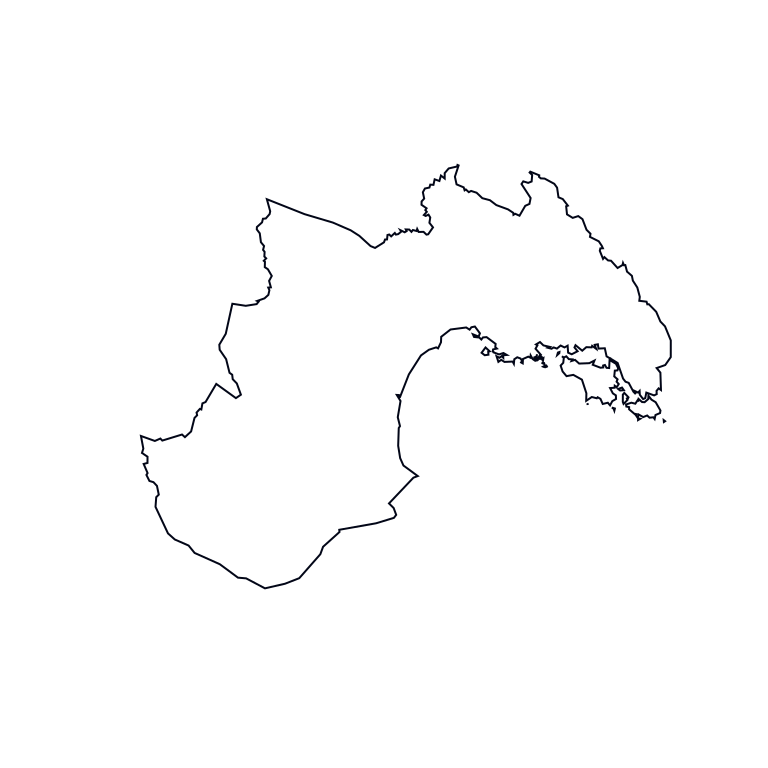 Pangasinan, Dagupan, Philippines, rotated 138°
{"feature_id": "2640588B43628149657030", "entity_name": "Pangasinan", "entity_type": "district", "adm_level": 2, "iso_a3": "PHL", "parent_name": "Philippines", "parent_adm1": "Dagupan", "projection": "natural_earth1", "projection_center": [119.981, 16.031], "detail": "fine", "context": "isolated", "style": "outline", "palette": "ink", "viewbox_px": 768, "rotation_deg": 138, "n_neighbors": 0, "source": "geoboundaries", "source_scale": "gbopen_adm2", "svg_char_len": 6184}
<svg xmlns="http://www.w3.org/2000/svg" viewBox="0 0 768 768"><g transform="rotate(138 384 384)"><path d="M462.5,278.6L459.8,285.4L460.2,291.9L424.8,294.7L420.5,293.0L424.1,310.4L421.6,318.1L414.8,328.6L402.5,341.4L400.3,342.0L396.0,350.1L383.1,360.3L381.8,367.3L380.4,365.9L381.9,364.2L380.8,363.6L359.1,374.5L337.4,380.5L327.7,379.4L320.7,376.3L320.0,374.3L313.7,376.9L309.9,380.8L298.1,380.0L285.1,371.0L284.0,367.1L281.1,367.7L278.0,365.9L278.8,357.5L281.9,355.9L284.7,361.5L285.6,358.7L282.1,354.8L281.9,351.9L279.3,352.4L276.4,350.2L274.2,339.1L276.6,337.0L276.4,334.8L279.8,336.7L281.5,335.4L280.9,333.9L281.7,334.7L278.7,329.0L274.5,327.1L273.3,323.4L276.2,325.6L277.8,323.7L277.9,326.0L280.6,326.2L281.8,329.3L284.2,323.9L280.7,323.5L279.7,319.8L273.4,314.6L274.0,312.1L270.6,315.2L267.1,314.7L265.5,311.6L265.9,308.8L267.7,308.3L267.1,306.5L264.0,309.6L258.5,307.8L257.6,305.6L255.9,307.1L256.8,303.0L256.1,300.1L255.0,299.3L255.8,300.6L254.5,303.2L252.0,302.3L250.4,303.8L253.7,300.8L254.2,301.1L254.1,298.2L252.8,301.4L252.2,300.0L248.5,301.3L247.9,299.7L247.8,308.8L244.1,310.1L244.6,311.7L240.0,310.8L239.7,306.0L236.0,300.7L238.0,301.3L235.9,298.1L233.4,297.6L231.8,294.6L227.0,294.4L225.4,290.4L221.9,289.6L226.2,284.1L224.6,280.5L218.2,278.8L218.0,283.7L215.7,284.7L214.4,276.1L209.0,276.0L205.2,272.3L203.8,273.1L202.8,268.2L201.2,272.1L198.5,270.4L200.9,266.8L196.0,262.8L200.1,255.6L198.9,251.9L197.9,252.4L198.8,251.8L196.3,243.3L202.7,228.1L203.0,224.1L201.4,221.1L203.8,211.4L203.7,208.1L202.4,211.2L200.9,207.6L198.7,207.8L201.1,204.8L201.5,199.4L199.3,198.7L194.8,202.1L190.9,194.8L188.1,194.0L186.1,196.5L182.8,197.0L182.2,194.2L171.0,207.5L170.7,213.4L162.3,209.9L152.9,212.1L141.7,224.5L136.6,238.8L136.8,245.5L133.4,255.5L133.8,266.1L135.0,267.0L133.8,269.5L138.6,275.0L135.6,277.6L131.2,286.2L129.9,294.3L127.4,298.5L128.2,304.9L125.1,310.9L126.2,311.7L125.4,314.0L127.1,312.8L132.8,313.9L132.8,323.7L134.8,325.9L135.3,330.8L137.5,330.4L134.5,338.6L132.5,340.0L130.5,338.4L129.7,341.0L128.9,346.3L132.5,355.5L130.0,357.5L130.3,363.1L126.2,373.7L127.3,378.8L132.6,381.2L134.5,387.6L129.7,394.2L128.0,393.5L127.4,401.8L129.4,406.0L124.0,414.1L123.5,418.8L127.2,429.2L129.9,431.9L130.2,434.3L129.0,435.2L133.2,443.9L134.3,443.7L134.0,440.2L138.8,435.7L142.3,437.0L144.9,441.4L148.0,440.6L150.6,424.1L155.4,420.5L159.8,421.9L170.7,418.4L172.6,422.7L174.6,423.1L173.4,424.7L175.0,430.8L180.8,441.8L182.3,449.7L186.6,456.3L187.2,464.2L190.1,469.2L192.6,469.8L193.0,473.8L194.5,474.0L193.2,476.8L196.5,483.8L192.6,490.6L182.3,496.5L182.8,497.6L184.1,496.7L191.7,500.9L197.8,500.1L201.4,496.1L202.2,500.8L207.0,497.8L209.4,502.2L214.0,498.9L216.2,501.2L218.8,499.6L222.8,501.9L226.8,500.5L230.1,494.9L233.9,494.5L236.2,492.1L234.8,486.1L236.9,485.6L237.0,483.3L241.3,482.9L240.6,481.0L237.6,480.1L238.2,476.8L242.4,473.4L242.8,467.6L251.0,465.7L252.5,466.6L252.8,470.6L256.5,473.8L255.6,477.0L257.4,475.9L259.5,479.1L261.8,478.7L261.9,481.9L264.4,484.3L264.9,482.5L267.1,482.9L268.9,487.4L269.2,485.7L273.2,485.9L275.2,487.1L274.9,489.0L279.9,488.9L280.1,491.6L281.7,492.4L285.0,489.4L286.6,490.7L289.2,489.3L299.6,491.1L301.7,495.5L303.2,510.6L305.9,520.5L314.0,538.2L329.4,563.4L347.4,599.7L353.0,588.5L355.3,586.8L361.1,586.1L363.4,587.8L366.5,585.7L373.4,585.7L375.1,584.0L375.5,579.1L380.6,571.7L380.8,566.8L384.1,564.6L384.3,562.1L387.6,558.8L387.5,556.2L390.9,556.0L390.7,554.5L394.4,550.6L393.5,547.0L395.1,539.4L400.4,537.5L403.4,531.5L405.5,533.1L406.4,530.4L410.3,527.6L415.5,527.6L422.7,530.6L422.1,529.1L425.2,528.6L434.4,534.6L443.0,545.1L468.0,527.2L480.1,523.4L483.2,519.4L484.7,508.1L491.3,495.7L490.6,492.5L493.2,488.8L493.0,482.9L497.5,471.8L503.5,472.6L508.6,496.3L528.7,490.0L531.9,491.1L536.8,487.3L537.5,488.7L542.4,488.2L543.8,485.8L547.5,485.6L559.1,477.8L567.5,477.7L567.9,481.6L586.6,490.3L586.7,493.1L592.4,495.0L599.4,508.0L606.1,497.0L610.0,494.7L608.4,488.2L612.6,483.6L616.1,485.4L619.3,476.0L621.4,475.4L623.2,468.9L621.0,465.3L620.9,460.2L625.4,452.5L629.0,452.3L636.0,445.6L644.5,417.5L643.5,408.4L637.3,394.7L637.8,385.2L626.6,359.9L622.1,337.8L616.5,331.8L609.2,311.8L591.2,301.8L576.9,296.4L545.2,300.1L538.2,303.8L516.1,303.8L514.8,305.6L483.1,285.8L466.2,277.9L462.5,278.6ZM230.3,216.9L225.8,218.5L221.6,217.6L219.3,220.4L220.2,223.9L218.7,229.7L215.1,226.9L213.7,228.3L213.2,225.9L209.6,226.9L209.6,230.1L207.3,231.2L207.8,235.6L203.5,239.5L201.4,237.9L199.4,239.0L198.1,243.8L200.3,250.9L206.0,245.2L207.8,247.1L207.1,250.3L208.8,251.1L210.0,249.6L212.2,251.2L216.0,258.6L211.9,260.6L217.5,262.1L225.3,268.6L225.9,274.1L229.2,275.6L227.5,276.2L230.0,278.8L230.0,282.6L232.6,283.3L233.2,285.5L232.9,283.1L236.6,279.8L240.4,279.5L242.9,273.8L243.1,267.7L237.2,264.1L234.0,254.8L239.8,241.7L245.0,236.2L238.3,235.3L235.4,231.0L234.1,231.2L233.1,228.1L234.8,222.8L230.2,220.3L230.3,216.9ZM206.3,176.9L203.0,179.3L198.3,177.7L196.3,179.3L194.3,188.7L195.7,193.4L195.3,198.4L197.6,196.0L202.5,196.1L204.3,197.9L204.8,202.5L206.9,200.8L206.2,202.3L210.4,201.2L212.7,204.6L217.8,206.8L219.0,205.1L217.3,202.8L218.8,201.2L217.7,193.2L217.1,193.4L216.6,192.7L217.6,192.9L218.2,189.0L215.2,191.0L213.5,186.0L209.5,184.5L209.2,181.3L206.1,179.0L206.3,176.9ZM219.3,208.9L213.9,209.2L212.9,211.5L212.8,209.8L211.2,210.5L211.4,216.6L213.6,216.3L218.5,210.9L219.3,208.9ZM286.8,335.9L285.0,338.2L283.6,337.6L284.1,343.2L290.6,341.9L289.9,338.0L286.8,335.9ZM209.9,218.9L209.5,222.1L213.3,223.6L212.9,221.2L209.9,218.9ZM250.3,294.9L248.1,296.7L250.0,297.3L250.3,294.9ZM219.3,187.2L216.9,186.7L218.1,188.4L219.3,187.2ZM235.9,289.6L233.1,289.6L232.2,290.4L233.7,291.0L235.9,289.6ZM230.7,210.0L228.8,211.3L230.4,214.0L229.9,212.0L230.7,210.0ZM251.0,298.1L250.7,299.3L252.6,299.5L251.0,298.1ZM201.4,168.5L200.0,168.3L200.3,170.0L201.4,168.5ZM252.7,294.3L251.5,291.4L251.0,292.4L252.7,294.3ZM250.3,298.7L248.1,298.0L249.2,299.0L250.3,298.7ZM197.2,245.8L197.4,243.8L197.3,243.7L197.2,245.8ZM253.7,289.6L252.1,290.0L254.1,290.4L253.7,289.6ZM251.2,290.0L251.5,287.0L251.0,289.0L251.2,290.0ZM246.0,232.8L245.9,233.6L246.6,232.2L246.0,232.8ZM253.7,288.8L252.1,288.4L252.0,288.7L253.7,288.8Z" fill="none" stroke="#020617" stroke-width="2"/></g></svg>